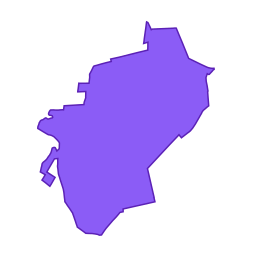 Zerind, Arad, Romania, rotated 264°
{"feature_id": "2599482B52549307092918", "entity_name": "Zerind", "entity_type": "district", "adm_level": 2, "iso_a3": "ROU", "parent_name": "Romania", "parent_adm1": "Arad", "projection": "albers", "projection_center": [21.492, 46.616], "detail": "fine", "context": "isolated", "style": "filled", "palette": "violet", "viewbox_px": 256, "rotation_deg": 264, "n_neighbors": 0, "source": "geoboundaries", "source_scale": "gbopen_adm2", "svg_char_len": 4017}
<svg xmlns="http://www.w3.org/2000/svg" viewBox="0 0 256 256"><g transform="rotate(264 128 128)"><path d="M222.3,186.4L222.5,185.0L222.5,183.4L223.8,162.4L223.5,161.9L223.3,161.4L226.2,160.5L227.8,159.9L230.6,158.9L230.8,158.8L231.2,158.2L231.6,157.6L231.4,157.5L226.2,156.3L215.0,153.5L212.6,153.0L210.4,152.4L211.1,155.9L211.2,156.8L210.8,156.7L209.8,156.6L206.3,156.2L203.4,155.8L202.0,145.2L199.3,126.2L198.4,118.0L195.9,118.3L195.3,113.5L194.4,107.8L194.0,105.6L193.5,102.8L193.4,101.7L193.2,101.0L193.1,100.5L193.0,100.4L192.7,100.1L192.3,99.8L190.8,98.9L188.7,97.6L186.5,96.1L185.6,95.5L185.2,95.4L182.4,95.2L176.6,93.9L177.5,84.7L177.7,83.8L172.1,82.5L169.8,81.9L169.2,81.8L169.1,82.9L168.7,89.8L166.0,89.5L163.8,89.2L162.5,89.1L162.2,89.0L159.9,87.9L158.4,87.2L157.8,87.0L155.9,86.6L156.7,68.9L156.8,66.8L152.8,65.8L153.0,64.7L153.1,62.5L153.1,60.6L153.2,59.5L153.4,57.8L153.8,55.6L153.9,54.1L154.0,52.8L153.5,52.3L152.9,51.7L152.1,51.2L151.4,50.8L151.0,50.6L150.4,50.5L149.9,50.5L149.6,50.6L149.2,50.9L149.1,51.1L148.9,51.3L148.9,51.5L148.6,52.6L148.3,53.5L148.1,53.8L147.8,54.0L147.4,54.1L146.9,54.2L146.7,54.2L146.4,54.2L146.2,54.0L146.1,53.8L146.0,53.7L145.9,53.5L145.9,53.3L145.9,53.0L145.9,52.6L145.8,52.1L145.6,51.4L145.5,50.7L145.3,50.2L145.2,49.8L145.3,49.3L145.4,49.0L145.5,48.8L145.7,48.5L146.1,48.2L146.4,47.8L146.6,47.4L146.6,47.1L146.6,46.9L146.4,46.5L146.3,46.2L146.1,45.8L145.8,45.4L145.4,44.7L145.2,44.3L145.1,44.0L145.0,43.2L144.9,42.7L144.7,42.4L144.5,42.0L144.3,41.7L144.1,41.5L143.9,41.3L143.7,41.2L143.2,40.9L142.9,40.6L142.7,40.4L142.1,40.1L141.5,39.9L140.4,39.4L140.0,39.2L139.5,38.9L139.0,38.7L138.6,38.5L138.3,38.5L138.0,38.4L137.6,38.3L137.1,38.2L136.9,38.3L136.2,39.3L133.9,42.3L132.4,44.3L131.5,45.5L130.6,46.7L129.9,47.7L129.7,48.0L129.5,48.6L129.3,49.4L129.0,50.3L128.7,50.9L128.4,51.5L127.8,52.4L127.2,53.2L126.9,53.6L124.2,55.8L122.3,57.2L121.6,57.6L121.3,57.8L120.9,58.0L120.5,58.2L120.0,58.2L117.1,57.8L114.8,57.5L114.5,57.3L112.6,54.9L113.2,54.7L113.9,54.4L115.3,53.9L116.1,53.5L116.4,52.8L116.4,51.9L116.2,51.2L115.8,50.4L115.1,50.2L113.2,49.5L111.5,48.8L110.3,47.9L109.1,47.1L108.1,46.0L107.2,45.3L106.1,44.4L105.4,43.8L104.7,42.9L103.8,41.7L102.8,40.1L101.8,39.1L101.2,38.8L100.6,38.6L99.4,38.3L97.3,37.5L94.8,36.7L93.5,36.2L90.2,40.8L88.7,39.7L86.8,38.3L85.2,37.0L82.5,39.9L78.2,44.2L80.1,45.7L86.5,50.3L92.7,42.7L95.6,44.7L101.6,49.1L105.0,51.6L105.0,55.0L103.9,54.8L101.6,54.6L99.1,54.3L98.8,54.2L98.4,54.1L97.9,54.0L97.4,53.9L97.1,53.9L96.0,53.9L94.9,54.0L94.3,54.0L93.9,54.0L92.7,54.0L92.1,54.0L91.2,54.0L90.6,54.0L89.9,54.0L89.5,54.0L89.2,54.1L88.1,54.3L86.0,54.8L84.9,55.0L83.7,55.2L81.8,55.6L79.1,56.2L76.2,56.8L74.2,57.2L73.3,57.3L73.1,57.3L72.0,57.4L71.9,57.4L70.6,57.5L68.1,57.5L65.4,57.5L61.8,57.6L61.5,57.5L61.1,57.6L59.6,58.5L57.2,59.7L54.9,61.0L54.0,61.5L52.5,62.3L50.1,63.5L49.4,64.0L48.9,64.0L46.6,64.6L44.0,65.2L41.4,65.8L40.5,66.0L38.1,66.5L35.7,67.1L34.8,67.2L33.0,69.2L31.3,71.1L29.5,73.1L27.7,75.0L27.2,78.2L26.8,81.3L26.1,84.2L25.3,86.9L24.6,88.0L24.4,88.5L24.4,90.5L24.7,90.7L28.4,93.8L30.5,95.7L37.5,103.1L40.9,107.1L42.9,109.2L44.9,111.2L45.2,114.4L48.0,114.7L49.5,127.5L51.8,147.1L55.6,146.6L56.2,146.5L56.3,146.7L60.2,146.2L79.2,143.9L85.7,143.1L86.3,143.8L106.7,167.2L114.7,176.6L116.0,178.0L113.9,179.3L113.2,179.8L112.7,180.1L116.4,186.1L116.6,186.3L117.6,188.2L118.4,189.2L118.5,189.6L119.5,190.6L121.0,192.2L122.2,193.2L125.0,195.5L128.2,197.8L131.4,200.1L133.5,201.6L134.8,202.6L135.8,203.1L137.6,204.6L139.0,206.7L140.9,209.4L141.6,210.6L149.9,210.8L155.8,211.0L156.1,211.2L156.3,211.4L156.6,211.4L157.5,211.3L161.8,211.1L163.8,210.9L165.9,210.7L166.9,210.7L169.5,210.8L170.0,210.8L170.4,211.0L173.7,212.5L173.1,213.3L172.9,213.7L172.8,214.0L172.9,214.5L173.2,214.8L175.6,217.6L176.6,218.6L177.0,219.1L177.2,219.4L177.2,219.6L177.3,219.8L178.4,219.8L178.5,218.4L178.8,216.6L179.6,214.2L180.3,212.8L183.7,207.1L190.7,195.9L190.9,195.6L206.9,191.0L214.5,188.7L222.3,186.4Z" fill="#8b5cf6" stroke="#5b21b6" stroke-width="1.5"/></g></svg>